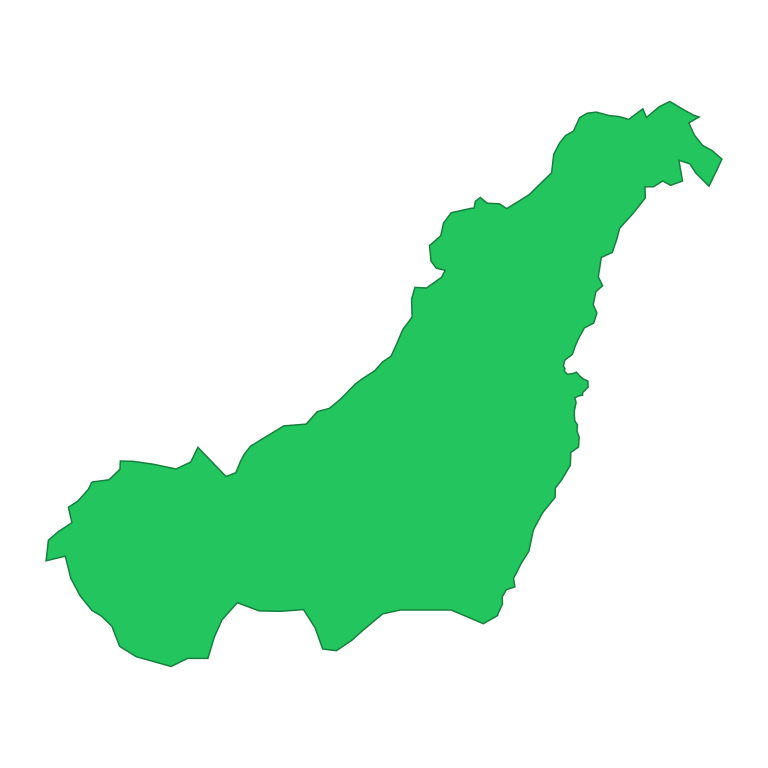 Agios Ioannis Lemesou, Limassol, Cyprus (Equal Earth projection)
{"feature_id": "46923920B2789519030160", "entity_name": "Agios Ioannis Lemesou", "entity_type": "district", "adm_level": 2, "iso_a3": "CYP", "parent_name": "Cyprus", "parent_adm1": "Limassol", "projection": "equal_earth", "projection_center": [33.017, 34.893], "detail": "fine", "context": "isolated", "style": "filled", "palette": "green", "viewbox_px": 768, "rotation_deg": 0, "n_neighbors": 0, "source": "geoboundaries", "source_scale": "gbopen_adm2", "svg_char_len": 2266}
<svg xmlns="http://www.w3.org/2000/svg" viewBox="0 0 768 768"><path d="M415.0,287.4L411.6,298.8L412.1,317.0L402.7,329.7L396.8,343.7L391.1,356.1L382.6,361.9L374.9,370.6L362.6,378.6L355.3,384.0L340.7,399.0L329.3,408.4L317.2,411.7L306.2,424.1L283.7,425.9L250.6,446.1L244.2,454.3L240.3,461.8L235.8,472.7L226.0,476.5L197.9,447.3L190.8,462.0L176.0,469.0L165.1,466.7L153.2,464.2L132.9,461.3L120.3,461.0L120.0,469.2L109.0,479.8L92.8,481.9L91.7,482.4L88.4,489.3L78.2,500.8L68.4,507.3L71.9,522.7L58.2,531.7L48.4,540.2L46.1,560.8L65.3,556.1L70.8,578.3L80.2,595.9L91.9,610.4L93.8,611.5L101.3,616.0L111.9,626.3L119.7,646.4L136.2,656.7L171.1,666.5L187.5,658.4L190.8,658.4L207.9,658.4L214.2,637.4L222.0,619.8L237.3,602.7L259.2,610.9L280.8,611.3L303.5,609.6L315.2,628.0L322.7,649.0L336.4,650.7L351.7,640.4L362.7,630.5L371.3,623.3L382.6,613.9L400.3,610.0L426.9,610.0L451.2,610.0L483.3,623.7L497.7,615.5L497.6,614.6L502.5,604.0L502.2,596.8L506.4,589.7L514.9,586.8L513.5,578.3L517.1,571.7L520.9,563.8L528.9,551.2L533.4,529.8L542.7,512.6L555.1,497.3L555.4,487.9L561.7,479.8L570.3,465.3L570.8,452.4L578.5,447.1L578.7,444.3L579.2,437.2L577.0,431.1L577.4,424.7L574.8,421.0L574.4,415.5L574.4,410.6L575.3,406.3L576.1,402.3L574.7,397.8L578.5,396.0L582.6,395.2L582.6,392.6L588.1,387.1L587.9,381.0L583.4,379.0L579.7,376.0L576.4,372.2L572.3,373.7L567.5,374.2L564.4,371.4L564.9,368.5L563.4,366.2L564.8,360.1L572.4,354.3L575.1,346.5L578.2,339.2L584.4,327.9L593.7,323.1L596.9,312.9L593.2,304.6L595.9,291.7L602.6,285.7L598.3,276.9L601.3,257.4L612.3,252.4L616.9,238.9L619.6,228.3L633.7,212.7L645.3,197.9L645.0,186.8L653.5,186.8L662.6,181.0L670.6,185.3L682.5,181.0L678.9,160.3L689.9,163.9L695.7,172.9L709.0,186.2L715.6,172.6L721.9,159.1L711.7,150.3L702.6,145.5L694.3,135.0L688.8,122.9L699.1,117.0L693.6,115.2L684.1,110.0L669.8,101.5L659.2,106.7L646.5,117.5L642.8,108.8L628.7,119.4L618.8,116.5L609.4,115.6L596.2,112.1L587.2,113.2L579.6,117.7L573.6,131.0L565.5,135.6L559.7,142.9L553.7,154.3L551.6,172.8L541.7,182.4L529.3,194.6L515.9,203.0L506.7,208.6L499.5,203.8L487.2,203.2L480.3,197.5L475.3,201.3L474.1,208.2L471.6,208.2L451.3,212.7L443.6,222.9L440.7,235.8L429.5,245.6L431.0,261.1L436.3,268.2L445.2,270.3L441.6,277.2L426.5,288.0L415.0,287.4Z" fill="#22c55e" stroke="#15803d" stroke-width="1.5"/></svg>